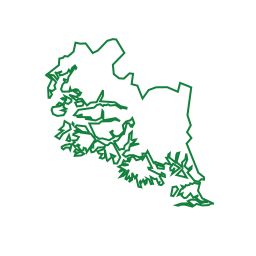 the County of Troms, rotated 254°
{"feature_id": "NOR-900", "entity_name": "Troms", "entity_type": "County", "adm_level": 1, "iso_a3": "NOR", "parent_name": "Norway", "parent_adm1": "", "projection": "albers", "projection_center": [18.955, 69.32], "detail": "fine", "context": "isolated", "style": "outline", "palette": "green", "viewbox_px": 256, "rotation_deg": 254, "n_neighbors": 0, "source": "natural_earth", "source_scale": "10m", "svg_char_len": 5802}
<svg xmlns="http://www.w3.org/2000/svg" viewBox="0 0 256 256"><g transform="rotate(254 128 128)"><path d="M166.1,148.7L152.3,150.1L158.8,158.3L159.4,166.1L156.4,177.0L149.1,185.9L157.0,190.5L149.6,200.0L124.0,188.7L113.3,189.1L107.7,183.6L100.9,186.2L96.9,180.1L65.6,183.3L59.6,187.5L57.4,186.7L58.6,184.5L56.9,181.1L58.8,177.4L68.8,172.9L71.3,177.7L73.4,178.5L71.7,174.2L75.8,171.9L81.4,176.3L87.3,176.9L82.3,174.6L80.0,170.5L75.4,169.5L81.7,165.2L90.2,170.4L90.2,168.2L89.1,167.2L81.9,164.1L88.4,159.6L92.2,161.2L91.6,159.6L88.4,158.1L88.8,156.6L80.9,159.0L83.9,154.5L82.7,151.9L87.9,144.8L86.7,143.8L87.4,143.0L100.5,140.4L98.4,138.6L99.4,134.8L96.3,134.3L96.8,130.6L100.4,125.7L101.5,121.6L100.9,117.9L103.8,115.6L106.8,119.9L106.3,122.8L109.9,124.5L109.8,134.5L111.5,124.9L112.5,129.7L114.8,132.4L115.1,130.6L114.4,129.4L116.0,127.9L123.3,130.7L121.8,127.6L114.2,124.5L111.9,119.9L108.7,118.2L109.6,116.1L109.3,113.6L119.1,111.0L118.9,114.6L123.2,120.2L123.3,122.5L132.9,128.1L132.2,130.4L128.6,131.1L127.6,133.2L129.5,131.6L130.1,133.2L129.5,134.0L130.9,135.3L136.4,134.9L134.8,132.6L134.7,127.8L132.1,123.8L126.1,123.3L123.0,117.5L123.1,114.4L124.7,112.4L128.0,111.1L129.8,113.1L128.9,109.8L122.8,111.9L121.5,106.3L125.1,100.5L125.5,97.3L129.3,94.2L143.0,92.1L140.3,101.3L141.7,104.2L139.3,113.2L139.9,117.8L136.8,122.2L140.9,118.8L142.2,106.4L150.4,108.7L151.8,108.2L145.1,105.2L144.2,99.0L148.7,89.2L147.8,95.1L148.8,94.7L152.7,81.7L152.8,86.3L153.7,87.9L153.6,83.0L155.2,79.7L159.1,85.4L156.9,101.0L158.7,104.4L158.6,107.8L156.0,110.0L156.8,111.2L155.9,113.2L156.2,115.6L154.6,116.8L153.5,122.4L148.7,126.6L149.2,127.6L147.1,131.8L147.9,132.2L151.0,126.8L156.3,122.5L161.4,108.6L165.7,112.7L171.2,114.4L161.5,104.9L162.7,99.1L161.0,94.8L168.7,91.7L169.6,88.7L168.7,86.0L176.2,80.6L171.4,87.9L173.0,88.3L172.7,90.4L174.8,92.6L175.5,91.8L174.1,89.8L178.4,85.9L178.7,87.5L177.4,90.7L178.8,90.1L179.8,88.1L179.3,83.5L182.3,83.4L179.2,81.5L181.0,75.0L183.6,74.3L187.9,77.1L189.3,79.6L188.7,81.6L189.5,82.8L193.4,84.8L201.4,94.3L199.5,94.4L200.1,95.0L202.6,94.2L201.3,91.0L197.6,87.9L200.2,87.2L197.8,84.8L197.1,80.0L197.4,77.1L199.8,76.8L200.7,80.3L200.4,74.5L201.9,73.4L195.7,75.1L193.9,73.3L199.0,71.2L201.2,66.7L191.8,71.6L189.0,68.9L185.7,69.1L184.4,65.3L185.8,63.4L181.2,64.1L178.5,61.2L179.0,60.0L188.8,62.3L195.6,68.3L201.4,63.9L207.5,78.9L213.6,81.1L213.4,84.9L214.6,86.8L213.3,89.9L216.4,96.7L224.5,101.1L222.2,105.3L221.0,110.6L209.8,114.8L210.7,120.3L217.5,132.0L217.6,137.9L216.3,141.1L201.1,145.2L193.0,130.9L183.7,129.2L178.2,133.2L176.6,137.6L180.1,144.5L178.7,147.8L169.2,143.6L166.1,148.7ZM98.7,119.3L99.1,125.2L94.7,127.1L94.7,130.7L95.8,132.2L93.4,133.2L96.8,136.9L96.3,137.9L83.0,140.1L84.2,136.6L82.6,136.7L74.9,145.1L74.1,147.6L75.5,148.1L73.2,150.4L70.9,150.0L73.6,145.9L72.8,145.0L65.2,147.0L63.9,144.4L65.1,142.2L67.2,143.3L67.2,141.7L71.5,141.4L71.6,139.3L74.7,136.4L67.5,136.6L68.1,135.1L67.0,134.6L72.5,134.2L74.2,132.3L73.2,132.6L72.7,129.7L71.4,131.3L69.9,130.6L70.6,129.1L68.0,129.0L73.9,128.2L71.6,125.6L73.5,125.1L72.8,124.4L67.4,124.4L68.7,121.9L77.9,122.2L81.0,124.3L78.1,120.7L83.7,119.7L77.1,117.6L75.8,114.0L79.1,117.1L78.8,115.6L81.1,115.7L78.8,112.5L79.9,111.5L87.6,117.3L83.3,110.5L83.2,107.0L88.0,113.9L89.0,113.0L88.2,107.1L90.6,111.5L93.4,108.2L94.2,111.9L92.9,114.4L92.4,118.4L95.5,112.9L98.2,115.0L96.4,116.0L96.5,118.4L95.3,120.0L96.9,121.4L97.5,119.1L98.7,119.3ZM40.5,153.1L40.7,158.4L38.9,165.5L35.7,169.4L41.2,165.5L41.8,169.0L40.2,173.5L35.7,177.1L35.5,182.3L34.4,184.6L36.2,183.1L36.8,178.8L38.0,177.1L42.1,174.1L44.1,177.0L43.0,171.6L47.9,170.0L44.9,165.0L45.1,162.8L48.1,160.9L50.2,162.3L49.6,157.6L54.3,161.8L54.7,164.4L57.4,163.8L55.6,166.3L57.2,167.8L56.4,169.1L56.4,171.4L57.6,172.5L56.4,174.4L57.0,176.4L55.0,180.0L55.1,181.9L48.4,178.0L39.9,180.0L31.5,189.6L32.5,187.1L31.7,184.0L33.1,178.1L36.1,173.0L34.7,168.2L38.4,162.1L39.6,158.4L39.5,154.8L40.5,153.1ZM122.9,90.4L124.4,95.3L117.6,101.8L117.0,103.9L118.7,107.1L117.0,109.5L102.0,112.5L96.9,107.8L97.8,104.8L103.2,105.1L104.5,107.9L107.4,104.3L104.6,104.4L102.0,99.2L102.7,98.8L113.5,99.8L106.2,97.7L105.6,95.0L107.1,92.7L110.1,96.2L111.6,92.8L114.0,92.2L114.3,99.0L116.8,100.9L116.1,99.5L117.5,93.8L114.6,89.0L114.7,86.2L118.4,86.2L119.3,87.7L118.8,89.2L122.9,90.4ZM137.7,78.1L139.9,76.3L140.3,78.6L136.7,81.2L132.5,90.8L126.0,93.5L116.0,81.6L119.9,81.8L121.2,80.0L119.0,79.0L119.0,76.6L123.7,74.9L124.8,76.5L125.9,75.4L124.5,71.8L128.2,70.4L128.9,72.8L131.1,71.8L130.3,75.4L132.9,78.3L136.5,73.4L137.5,74.1L137.7,78.1ZM168.2,70.1L167.8,72.7L165.7,71.8L163.5,73.9L163.2,69.3L161.1,72.9L158.1,69.6L159.1,63.4L162.1,59.8L166.5,59.5L168.8,61.4L167.7,68.4L168.2,70.1ZM147.7,66.6L152.1,69.0L147.7,73.0L142.6,72.6L140.3,63.6L136.4,59.1L139.9,56.0L143.5,64.9L145.3,61.6L147.7,66.6ZM143.6,77.4L144.7,79.5L141.3,87.6L134.0,89.5L136.9,83.2L143.6,77.4ZM75.0,159.3L75.5,157.2L78.1,157.5L81.2,161.5L75.2,166.7L71.7,157.7L76.9,161.9L75.0,159.3ZM51.2,150.8L58.9,154.7L58.4,158.4L55.4,159.2L50.0,152.8L51.2,150.8ZM69.4,161.7L73.1,168.4L64.2,170.7L69.4,161.7ZM129.0,62.8L128.6,67.7L127.3,69.1L122.8,66.4L125.4,66.0L126.4,62.7L125.2,60.0L127.1,58.8L128.2,59.1L129.0,62.8ZM114.5,75.6L115.9,69.1L117.4,70.1L118.0,73.3L120.1,69.8L122.3,72.2L115.3,78.8L114.5,75.6ZM172.7,76.6L176.2,76.0L171.1,81.5L168.9,80.8L167.6,77.1L170.1,73.7L172.7,76.6ZM166.9,84.2L166.7,90.6L164.1,92.5L162.0,90.5L162.8,84.9L166.9,84.2ZM81.0,145.6L85.1,144.9L80.9,151.8L78.9,151.2L81.0,145.6ZM137.4,69.3L132.0,69.3L131.4,68.2L133.2,65.6L137.4,69.3ZM171.3,68.9L169.1,71.6L168.2,68.2L169.8,66.2L171.3,68.9ZM174.6,72.2L174.8,73.9L172.5,75.1L173.4,73.0L174.6,72.2ZM190.9,80.0L191.7,79.5L192.6,79.9L191.6,81.5L190.9,80.0ZM145.8,76.3L147.0,75.5L148.2,76.2L147.0,76.8L145.8,76.3Z" fill="none" stroke="#15803d" stroke-width="2"/></g></svg>